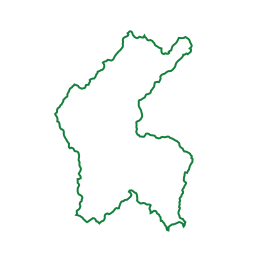 Serro, Minas Gerais, Brazil (Natural Earth projection), rotated 11°
{"feature_id": "56859067B85818855458350", "entity_name": "Serro", "entity_type": "district", "adm_level": 2, "iso_a3": "BRA", "parent_name": "Brazil", "parent_adm1": "Minas Gerais", "projection": "natural_earth1", "projection_center": [-43.38, -18.518], "detail": "fine", "context": "isolated", "style": "outline", "palette": "green", "viewbox_px": 256, "rotation_deg": 11, "n_neighbors": 0, "source": "geoboundaries", "source_scale": "gbopen_adm2", "svg_char_len": 5853}
<svg xmlns="http://www.w3.org/2000/svg" viewBox="0 0 256 256"><g transform="rotate(11 128 128)"><path d="M187.2,220.8L187.1,219.3L186.6,217.8L187.7,216.1L188.8,215.2L189.5,214.3L190.6,214.1L191.7,213.6L193.6,212.4L194.8,211.5L196.1,210.6L197.5,210.6L199.0,211.1L200.3,211.7L200.6,213.0L201.4,214.1L202.0,213.0L202.2,209.3L200.9,208.7L200.1,207.8L199.3,206.9L197.5,206.7L195.9,206.1L195.2,204.3L193.9,202.5L193.6,200.6L193.9,198.9L194.2,197.7L194.1,196.4L193.2,195.8L193.3,194.4L193.3,192.7L192.6,191.1L193.1,189.6L192.6,188.6L192.1,187.5L192.5,186.3L193.4,185.0L193.4,183.1L194.3,181.7L194.2,179.9L193.2,179.1L193.4,177.5L194.2,176.0L194.5,174.2L195.1,172.8L195.6,171.1L194.8,170.1L193.6,169.8L192.7,168.6L192.4,165.5L192.6,163.8L192.3,162.6L192.6,160.6L194.6,160.7L195.0,158.7L195.8,157.0L195.8,155.6L196.0,153.7L196.4,152.1L197.0,150.5L197.7,149.3L197.5,147.6L197.2,145.9L196.0,145.4L196.0,143.5L194.9,142.8L194.0,141.6L192.4,140.8L191.3,140.6L190.3,140.2L188.9,140.1L187.7,140.3L186.5,139.2L185.6,137.8L184.6,137.4L183.1,136.7L181.9,135.5L181.6,134.2L180.8,132.8L179.6,132.2L178.7,131.6L175.9,130.9L174.5,130.2L173.1,129.9L170.8,129.5L169.9,128.8L168.7,128.8L167.6,129.3L166.3,129.9L164.7,130.2L163.2,130.2L162.3,130.8L161.5,131.8L160.1,132.3L158.7,132.3L157.3,132.0L156.1,130.8L154.8,130.4L151.8,130.7L150.4,130.4L149.5,129.8L148.1,129.7L146.8,130.2L146.1,132.2L145.3,133.6L143.7,133.8L141.1,134.0L140.1,132.9L139.0,132.8L137.9,131.9L136.8,130.2L136.9,128.6L137.0,127.3L136.2,126.0L136.0,124.7L135.8,123.2L135.3,121.7L135.1,120.5L136.1,119.5L137.5,118.7L138.6,117.3L139.3,115.6L139.7,113.8L139.3,112.3L138.1,109.7L137.3,108.0L136.3,106.8L135.4,105.8L134.5,104.6L134.0,102.8L133.8,101.1L133.4,99.6L133.9,98.4L135.0,98.0L135.9,97.3L136.7,96.4L137.9,95.4L138.8,94.5L139.0,93.1L139.5,91.6L141.4,90.8L142.6,89.9L143.5,88.9L143.4,87.0L144.4,85.5L144.8,84.2L145.7,82.7L145.7,81.2L145.6,79.8L145.8,78.1L147.0,77.5L148.1,77.1L149.6,77.1L150.2,75.3L150.6,73.3L149.9,71.5L150.5,70.0L151.3,69.1L152.2,68.4L153.6,67.7L154.7,66.4L155.6,65.4L156.9,64.5L158.4,64.1L159.4,63.7L160.3,62.8L161.2,61.5L162.1,59.9L162.6,58.3L162.7,56.6L163.0,55.0L163.9,53.3L164.8,52.0L165.7,50.9L167.3,48.8L168.1,47.2L168.3,45.5L169.7,45.2L170.5,44.3L171.3,43.7L172.5,44.2L173.9,42.6L175.1,41.0L174.9,38.9L173.4,38.1L174.4,37.0L174.9,35.5L174.5,34.3L172.6,32.0L171.9,30.7L171.1,29.6L170.2,29.0L168.7,28.4L167.0,27.7L165.8,28.8L164.0,29.5L160.7,29.9L160.4,31.2L159.6,34.0L159.0,35.3L157.9,36.8L156.8,38.0L156.1,39.2L155.7,41.3L155.6,43.5L154.3,44.4L153.4,45.5L154.1,46.4L153.3,47.4L151.8,47.7L150.3,47.5L149.2,48.5L148.2,48.5L147.1,48.0L146.3,46.7L145.9,45.2L145.7,43.5L143.3,43.3L142.0,42.7L140.5,42.2L138.6,41.4L137.6,39.7L136.4,38.9L135.3,37.9L133.2,37.4L131.7,38.0L130.4,38.0L128.4,35.9L127.4,35.7L126.5,34.2L125.5,36.4L123.7,36.5L121.9,36.2L120.9,37.3L119.7,38.1L118.5,37.9L117.0,37.4L116.0,36.4L115.0,35.7L114.4,34.4L113.6,33.2L112.4,32.6L111.1,32.9L110.3,34.2L109.5,35.1L110.6,36.4L109.9,37.9L108.7,38.6L107.6,39.4L106.3,40.7L106.1,42.7L106.8,44.6L106.7,46.2L107.2,47.6L107.4,49.4L105.8,52.6L105.0,53.8L104.0,55.0L103.4,56.3L102.7,57.2L101.5,59.8L101.0,61.3L100.7,62.8L100.0,64.0L99.0,64.9L98.0,65.0L96.4,64.8L94.9,65.0L94.1,66.4L91.8,67.6L90.9,68.6L92.1,69.9L92.8,71.0L93.0,72.6L92.6,74.5L91.9,75.6L90.5,76.4L89.0,77.6L87.5,78.5L87.5,80.1L86.7,81.3L86.5,82.7L86.2,84.2L85.3,85.9L83.7,86.3L82.4,87.0L81.3,88.2L81.9,89.5L81.4,90.9L81.0,93.1L79.5,93.4L78.5,94.0L78.4,95.7L77.9,97.0L75.1,98.2L73.5,97.9L72.1,97.4L71.0,96.2L69.7,95.9L67.1,95.5L66.6,96.8L65.6,97.6L65.3,98.7L64.3,99.6L63.5,100.6L63.2,102.0L63.0,103.5L62.5,104.7L62.1,106.2L62.4,108.7L61.1,109.9L60.0,111.6L59.2,112.7L59.4,114.0L58.3,117.5L57.3,118.7L56.9,120.4L55.3,122.1L54.9,123.7L55.2,125.1L55.2,126.3L54.5,127.1L53.8,128.1L54.6,129.3L55.7,130.3L56.8,131.8L57.3,133.5L57.3,135.0L58.9,135.4L59.8,136.7L60.7,139.5L61.4,140.8L62.5,141.9L63.9,142.0L65.1,142.7L65.7,144.0L66.0,145.7L66.4,147.1L67.3,148.5L68.3,149.7L69.3,150.8L70.2,151.8L71.0,152.8L73.1,154.6L73.3,156.7L73.7,158.1L74.7,158.9L76.2,158.1L77.7,158.4L78.6,158.9L79.4,160.1L80.2,160.8L81.7,160.8L82.9,160.9L84.0,161.7L84.6,162.8L85.2,164.2L85.5,165.7L85.5,167.2L85.6,168.9L86.4,170.0L87.1,171.3L87.2,172.8L87.7,174.5L88.6,175.5L89.5,176.7L89.6,178.5L89.3,179.7L88.4,182.1L89.2,183.2L90.6,184.4L91.2,186.2L89.9,187.3L88.3,187.8L88.7,189.4L89.1,191.5L90.2,192.2L91.0,193.5L90.6,195.2L90.2,196.4L90.3,198.1L90.8,200.2L91.6,201.7L92.6,202.6L94.6,203.1L95.9,204.0L96.6,205.3L96.2,207.3L96.5,208.5L95.4,209.8L95.1,211.0L95.2,212.3L96.1,213.5L96.1,215.2L95.6,216.9L94.7,217.8L93.6,219.0L93.8,220.6L94.4,221.9L93.8,223.2L95.3,223.2L97.9,223.6L99.2,224.3L100.5,224.7L101.6,225.9L103.1,226.8L104.2,227.5L105.7,228.3L106.7,227.5L107.5,226.5L108.4,225.6L109.5,224.5L110.7,223.2L112.2,223.2L113.3,223.8L114.1,224.8L114.8,225.8L115.9,225.6L118.1,227.1L118.9,225.8L119.9,224.7L121.2,224.0L122.1,222.8L122.4,220.8L121.9,218.8L122.1,217.5L123.0,216.4L124.3,215.8L125.6,216.3L126.9,215.5L128.1,214.2L129.2,213.1L131.1,209.4L132.3,208.7L133.3,208.9L134.4,208.5L134.4,206.9L134.7,205.2L134.9,203.4L135.5,201.8L136.3,201.0L137.6,200.7L138.6,199.3L140.9,198.5L141.8,197.2L142.7,196.2L143.8,194.7L144.1,192.9L143.2,191.7L142.3,190.9L141.1,190.4L141.5,189.1L143.0,188.6L144.3,188.7L146.9,190.1L148.4,190.4L149.2,191.4L149.7,192.9L150.3,194.4L150.7,196.0L150.7,197.4L151.4,198.1L152.9,199.0L154.6,199.7L155.8,199.4L156.8,198.9L157.9,198.6L158.9,198.7L160.0,199.2L161.2,199.5L162.5,199.2L164.0,199.1L165.0,199.5L164.7,201.0L164.4,202.8L165.1,204.1L166.1,205.4L166.4,207.2L167.7,206.3L168.4,205.2L169.4,204.3L170.8,204.2L172.0,204.9L172.6,206.1L173.7,206.7L175.1,207.2L175.7,208.4L177.0,209.4L177.5,211.4L177.9,212.9L179.2,212.6L180.6,213.9L181.8,214.8L182.6,216.1L183.6,216.9L184.6,217.8L185.0,219.3L185.8,220.6L187.2,220.8Z" fill="none" stroke="#15803d" stroke-width="2"/></g></svg>